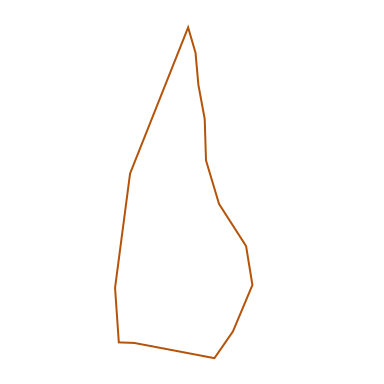 an SVG outline of Liechtenstein, rotated 5°
{"feature_id": "LIE", "entity_name": "Liechtenstein", "entity_type": "country or territory", "adm_level": 0, "iso_a3": "LIE", "parent_name": "Europe", "parent_adm1": "", "projection": "mercator", "projection_center": [9.547, 47.164], "detail": "fine", "context": "isolated", "style": "outline", "palette": "amber", "viewbox_px": 384, "rotation_deg": 5, "n_neighbors": 0, "source": "natural_earth", "source_scale": "50m", "svg_char_len": 341}
<svg xmlns="http://www.w3.org/2000/svg" viewBox="0 0 384 384"><g transform="rotate(5 192 192)"><path d="M228.8,355.6L147.5,347.4L132.2,348.2L123.7,294.2L128.7,179.0L173.8,28.4L183.4,53.1L189.0,84.6L198.3,118.2L203.2,159.3L220.0,201.6L250.6,241.2L260.3,279.4L244.9,327.4L228.8,355.6Z" fill="none" stroke="#b45309" stroke-width="2"/></g></svg>